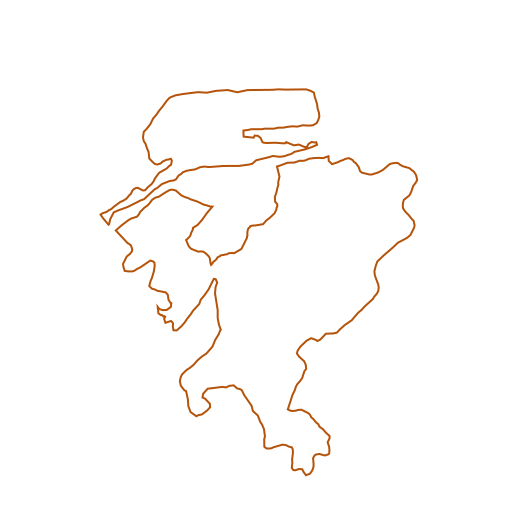 the district of Bani Swayf, Bani Suwayf, Egypt, rotated 208°
{"feature_id": "37247803B71974120040815", "entity_name": "Bani Swayf", "entity_type": "district", "adm_level": 2, "iso_a3": "EGY", "parent_name": "Egypt", "parent_adm1": "Bani Suwayf", "projection": "mercator", "projection_center": [31.073, 29.092], "detail": "fine", "context": "isolated", "style": "outline", "palette": "amber", "viewbox_px": 512, "rotation_deg": 208, "n_neighbors": 0, "source": "geoboundaries", "source_scale": "gbopen_adm2", "svg_char_len": 6124}
<svg xmlns="http://www.w3.org/2000/svg" viewBox="0 0 512 512"><g transform="rotate(208 256 256)"><path d="M129.5,347.0L129.7,355.3L130.4,357.6L133.4,361.1L135.7,361.7L140.5,363.9L142.8,364.5L145.8,365.6L148.7,367.3L149.9,369.1L151.2,372.0L151.8,375.0L149.0,381.5L149.1,385.7L150.1,391.7L149.4,395.7L149.4,398.7L151.2,401.0L153.0,402.8L156.0,404.5L161.9,405.6L168.3,404.2L171.8,404.2L174.1,404.7L175.9,404.1L179.3,401.7L181.1,399.8L184.4,391.5L187.2,387.3L191.8,382.5L194.1,381.2L201.7,379.3L204.0,379.8L207.0,382.7L211.8,385.0L213.5,385.0L215.9,386.1L220.0,386.0L222.8,383.6L224.0,381.8L226.3,379.4L227.4,377.6L232.0,372.8L236.4,374.1L238.9,378.1L242.7,373.9L246.7,372.1L251.2,369.4L254.9,366.7L257.5,363.4L259.2,362.1L262.0,360.7L266.2,356.4L272.0,353.1L277.0,347.4L279.5,344.9L272.6,337.2L270.9,331.2L269.7,329.4L269.0,325.9L267.8,321.7L267.1,317.0L264.6,312.9L261.7,311.8L260.5,310.0L260.5,308.3L259.8,306.5L259.7,302.3L261.9,295.8L263.6,292.2L264.7,287.4L271.0,282.6L273.3,281.3L275.1,279.5L275.0,278.3L275.6,277.2L275.6,275.4L274.3,271.8L273.1,270.1L273.1,268.9L272.5,267.7L272.2,255.3L276.7,248.1L278.5,247.5L281.4,245.6L282.5,243.8L284.2,242.6L285.4,241.4L286.5,240.8L287.7,239.6L287.7,239.0L289.4,236.6L289.3,235.4L289.9,233.0L291.0,230.6L291.0,228.9L291.5,227.1L292.7,228.2L295.7,232.3L297.5,233.5L301.0,234.6L304.0,235.1L306.3,234.5L309.2,232.7L316.8,231.9L319.8,233.0L321.5,234.2L325.2,237.3L324.0,240.7L323.5,243.0L324.1,246.0L324.2,250.1L324.9,251.2L322.1,256.1L320.5,262.9L319.5,270.9L317.7,279.1L320.1,278.1L324.2,277.4L326.0,276.8L333.0,276.6L340.6,275.3L342.9,275.3L347.0,274.6L350.5,274.5L357.6,276.2L361.2,275.2L362.1,274.7L363.5,273.3L366.4,268.7L369.5,262.9L372.3,260.2L374.1,256.8L374.8,252.3L375.5,249.7L377.2,246.3L379.0,240.4L378.9,238.0L379.5,234.9L384.1,230.1L386.1,226.5L389.2,219.6L391.8,212.7L375.4,207.1L373.7,207.1L371.3,206.6L368.3,203.7L367.7,201.9L368.2,198.9L369.9,194.8L369.7,186.5L367.9,184.1L364.9,181.2L361.5,182.5L358.0,184.3L356.3,186.1L355.1,188.5L352.9,191.5L347.2,202.3L344.3,202.9L342.5,202.4L340.7,199.5L338.9,194.2L337.5,187.1L337.5,185.3L336.2,179.4L332.7,178.3L329.7,178.9L326.8,179.0L318.7,181.5L315.7,180.4L312.7,176.3L309.7,174.6L308.6,174.6L307.3,171.0L309.6,166.3L313.0,164.4L316.5,163.8L318.9,164.9L315.3,159.6L312.3,159.1L311.2,159.7L309.4,159.1L308.8,159.8L307.7,159.8L307.6,157.4L304.6,154.5L300.6,158.7L298.8,158.2L297.6,157.6L296.4,154.7L294.0,151.7L291.1,153.0L288.9,158.9L287.8,163.7L287.3,168.5L286.3,173.8L285.8,178.6L283.6,186.9L284.3,191.6L283.2,196.4L282.2,204.1L282.5,216.0L280.7,216.6L277.8,214.3L277.1,209.6L274.6,203.7L264.4,190.2L260.7,183.2L256.5,178.0L252.5,174.4L252.7,173.4L252.2,169.7L252.6,162.6L251.9,155.5L254.0,146.6L256.3,142.4L258.5,137.0L260.1,130.4L261.8,126.3L263.5,123.3L264.6,120.3L265.7,116.7L265.6,113.7L264.4,109.6L261.4,106.1L256.1,103.8L254.3,103.9L248.9,97.5L245.2,91.6L240.5,87.5L233.4,86.5L232.3,88.3L229.4,90.7L226.6,96.7L225.5,100.9L227.3,103.8L233.8,106.1L236.8,106.0L238.0,109.5L236.4,116.1L224.3,124.6L220.8,125.9L218.5,128.9L215.0,131.3L210.3,130.2L208.0,130.9L205.6,130.9L200.9,127.5L189.6,121.7L186.0,117.7L179.5,116.0L174.2,111.4L171.8,110.2L167.6,106.8L163.4,100.9L162.7,98.0L159.1,91.5L156.7,91.0L155.0,91.6L152.1,93.4L150.9,95.2L144.0,101.9L140.6,103.1L137.0,103.2L134.7,103.9L132.9,102.7L131.1,99.8L128.6,93.3L126.8,90.4L124.9,85.7L122.6,84.5L120.8,85.2L117.9,88.2L115.0,89.4L112.7,87.7L109.0,85.9L106.2,89.0L105.7,92.0L105.8,94.4L106.4,97.3L107.7,99.7L110.7,104.3L110.7,106.7L110.2,108.5L107.3,110.9L101.5,112.2L99.2,114.6L98.6,115.8L99.9,118.8L101.7,121.7L105.3,125.2L105.4,129.4L106.6,131.7L111.3,132.8L115.5,134.5L119.6,135.0L122.0,136.7L124.9,137.3L129.0,139.0L131.4,139.5L133.8,141.2L136.1,141.8L143.8,141.6L146.6,139.8L148.4,138.0L151.3,136.1L153.6,135.5L155.9,135.5L158.6,150.8L158.7,155.6L159.4,159.1L159.4,162.1L158.4,166.2L157.9,169.8L159.2,176.9L158.7,179.9L161.1,183.4L164.1,185.7L170.5,187.3L174.1,189.1L174.8,192.0L174.3,196.8L171.5,205.1L168.7,209.3L164.0,210.0L162.4,210.0L161.9,209.7L160.0,212.4L157.8,220.2L151.4,223.9L148.6,226.3L147.5,230.5L145.3,236.5L141.3,244.2L139.2,253.8L137.5,257.9L136.5,262.1L132.6,272.9L132.6,275.2L131.6,279.4L131.6,282.4L132.9,285.9L134.7,288.2L141.9,294.6L144.3,298.1L145.6,303.4L146.3,308.1L143.5,316.5L139.1,327.8L136.9,334.4L131.2,342.8L129.5,347.0ZM412.7,219.6L408.9,217.6L400.9,214.4L400.6,215.0L402.0,220.0L402.1,227.7L399.4,231.2L392.4,239.0L383.9,251.0L381.5,253.6L376.8,267.3L375.1,269.8L372.9,275.3L367.3,281.8L364.4,283.8L362.7,285.9L362.1,290.8L360.6,293.3L359.9,295.6L357.5,298.4L354.3,301.1L350.6,303.7L347.0,308.2L343.6,310.7L339.2,312.5L327.2,320.1L313.4,327.5L304.9,333.6L302.5,335.9L300.8,340.6L291.1,349.2L288.1,352.2L281.5,354.8L277.6,357.6L275.4,360.1L273.2,362.2L272.0,363.9L271.1,365.9L262.6,373.3L257.9,378.3L254.3,382.8L256.2,384.7L257.2,383.9L260.4,382.8L262.2,379.8L262.3,376.3L263.8,375.1L270.5,374.5L274.5,371.5L282.8,370.7L282.8,369.4L286.3,367.6L292.1,365.1L299.6,360.8L302.5,359.6L303.7,359.5L307.3,362.4L310.8,363.0L313.7,361.7L313.6,359.4L322.9,355.6L324.1,357.4L326.0,360.9L322.5,363.3L319.6,365.8L310.4,370.7L308.1,372.5L300.0,376.8L296.5,379.8L291.9,382.3L289.0,384.7L284.4,387.8L280.3,389.6L276.3,393.2L269.9,396.3L267.1,398.2L264.8,401.8L264.9,405.3L265.5,408.8L267.9,412.3L270.9,415.2L273.4,418.8L278.7,424.0L281.7,427.5L285.8,427.4L289.9,426.7L307.8,416.9L314.2,413.8L320.0,410.2L341.4,398.5L349.4,391.8L358.8,389.3L368.6,383.2L376.1,377.1L384.2,373.4L396.3,364.9L402.6,360.0L406.6,355.2L407.7,351.1L408.7,343.9L409.8,338.6L410.3,333.8L411.4,329.1L411.2,322.6L412.3,316.6L413.4,313.0L411.5,307.7L409.1,304.8L406.1,303.1L403.1,300.2L399.6,297.3L396.0,292.0L391.2,290.4L388.3,289.8L386.0,290.5L383.7,292.9L382.6,295.8L380.3,298.9L378.6,300.1L376.8,301.9L375.1,300.7L373.8,296.6L374.9,294.8L376.0,291.2L380.6,284.0L381.6,277.5L381.5,273.4L382.0,270.4L383.7,266.2L384.8,262.0L386.5,260.8L392.4,260.7L394.1,259.5L395.2,257.7L395.8,255.9L395.7,251.8L396.3,250.6L397.3,245.8L399.0,242.8L401.3,239.8L404.7,232.6L405.8,229.6L407.5,227.2L408.6,224.8L411.5,221.8L412.7,219.6Z" fill="none" stroke="#b45309" stroke-width="2"/></g></svg>